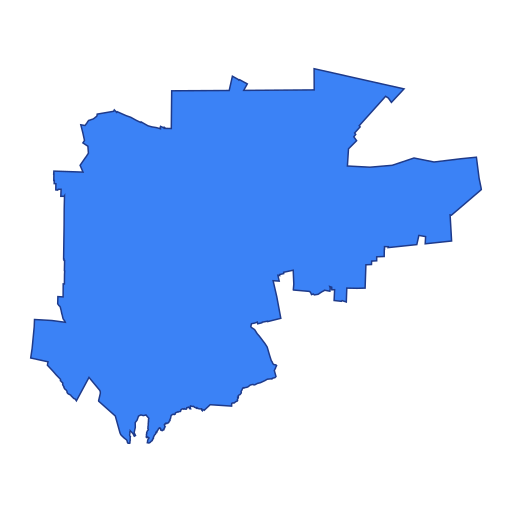 Pánuco, Zacatecas, Mexico (Equal Earth projection)
{"feature_id": "50627088B44962860641179", "entity_name": "Pánuco", "entity_type": "district", "adm_level": 2, "iso_a3": "MEX", "parent_name": "Mexico", "parent_adm1": "Zacatecas", "projection": "equal_earth", "projection_center": [-102.504, 22.978], "detail": "fine", "context": "isolated", "style": "filled", "palette": "blue", "viewbox_px": 512, "rotation_deg": 0, "n_neighbors": 0, "source": "geoboundaries", "source_scale": "gbopen_adm2", "svg_char_len": 5980}
<svg xmlns="http://www.w3.org/2000/svg" viewBox="0 0 512 512"><path d="M461.3,158.7L434.0,162.0L414.0,158.0L392.2,165.3L369.9,167.2L347.4,166.0L348.5,148.8L356.6,140.7L353.8,136.8L355.7,134.4L354.6,133.0L360.1,126.9L359.2,125.7L385.6,96.3L388.3,98.0L391.4,102.4L404.0,88.9L314.1,68.7L314.2,89.9L243.7,90.4L247.3,83.9L239.6,79.7L238.9,80.2L238.4,79.6L237.6,79.1L232.4,76.2L229.2,90.5L171.7,90.8L171.3,128.5L164.6,128.4L164.8,128.0L164.3,127.9L164.5,127.5L164.1,127.2L163.9,127.5L163.3,127.6L160.6,126.4L160.5,127.0L160.3,127.1L160.0,128.5L160.5,128.6L160.5,128.8L156.4,127.6L152.0,126.9L148.0,125.8L141.1,121.9L140.8,122.5L136.2,120.3L130.8,117.3L126.0,115.6L117.2,111.7L116.7,112.4L114.3,109.9L113.6,111.3L97.2,114.1L97.0,115.7L96.5,116.5L95.6,117.1L94.2,118.3L92.5,119.3L91.4,119.5L90.1,120.1L89.1,120.2L88.8,120.4L88.0,121.2L86.9,123.0L85.0,125.5L80.8,124.8L82.9,133.1L84.5,140.5L82.9,142.9L86.6,145.4L87.9,146.2L88.4,153.2L86.2,156.6L85.2,157.9L80.1,165.3L83.0,172.1L53.9,171.1L53.7,174.1L53.9,174.1L53.8,180.5L54.3,180.5L54.2,183.6L55.9,183.7L55.8,189.9L57.6,190.1L57.8,190.0L57.9,189.5L58.2,189.3L61.1,189.3L60.8,196.3L64.2,196.3L64.5,195.8L64.2,208.9L64.1,224.9L63.6,259.0L64.0,259.0L64.0,260.4L64.6,260.5L64.4,270.7L64.7,270.9L64.5,274.3L64.4,283.9L63.2,283.9L63.1,296.9L57.9,296.6L57.7,303.8L58.9,305.5L60.0,306.5L60.4,307.5L60.6,308.5L61.1,310.3L61.8,313.8L62.2,314.9L62.6,316.8L63.1,318.8L64.9,321.3L65.3,322.3L51.9,320.5L34.5,319.5L34.2,326.9L32.1,348.6L30.7,358.0L48.0,361.8L47.4,365.2L53.0,371.2L56.1,374.8L60.5,379.3L60.4,380.7L61.3,381.4L61.4,381.7L61.9,382.2L62.6,382.7L62.8,383.2L62.6,384.2L63.0,385.4L64.0,386.9L63.9,387.5L64.9,389.1L66.0,389.9L67.0,391.3L67.1,392.5L67.5,393.1L68.4,394.0L69.4,394.4L70.8,395.2L71.1,395.8L73.8,398.5L75.1,399.0L75.4,399.3L76.4,400.8L89.0,377.4L99.8,390.4L100.3,391.8L100.3,393.5L98.6,400.7L98.7,401.2L115.3,416.0L120.0,432.9L120.8,434.7L121.8,435.8L124.1,438.0L126.6,439.9L127.0,440.6L127.5,442.6L128.0,443.2L129.4,443.3L129.8,443.2L129.9,442.7L130.0,441.5L129.9,441.2L130.3,440.1L130.1,439.5L130.2,437.2L130.4,436.5L129.9,436.1L129.7,435.6L129.6,434.8L129.9,433.4L129.8,432.7L129.9,431.7L130.3,431.3L130.3,430.9L130.8,431.5L131.4,431.9L133.0,433.7L134.3,436.2L135.5,435.5L134.2,432.8L134.3,431.8L135.3,427.4L135.2,422.6L137.1,420.1L138.5,416.1L140.9,414.9L143.3,415.6L145.2,415.2L145.9,414.9L148.8,418.3L148.4,420.1L148.6,421.2L148.3,421.8L148.4,422.2L148.2,423.5L148.3,424.0L148.2,424.8L148.3,425.1L148.0,426.3L148.0,427.8L147.9,428.0L148.0,428.2L147.9,428.6L148.3,429.3L148.3,429.9L147.8,430.3L147.5,430.7L146.7,432.5L146.6,433.1L146.8,433.5L146.5,434.2L146.4,434.7L146.5,435.9L146.2,437.0L146.9,437.6L147.7,437.0L147.8,437.3L149.0,438.0L148.0,439.4L147.6,440.6L147.6,441.2L147.3,442.7L148.9,443.0L150.0,442.5L151.2,441.3L152.2,440.6L152.4,439.7L152.7,439.6L152.8,439.2L153.1,438.7L153.1,438.4L153.4,438.3L153.5,438.1L153.4,437.4L153.5,437.1L153.7,436.7L154.6,434.9L155.2,434.4L155.6,433.8L156.0,432.3L156.5,432.5L156.6,432.0L157.0,431.8L156.8,431.5L157.3,430.7L157.5,430.6L158.0,429.9L158.0,429.7L158.6,428.6L159.0,428.4L159.4,427.8L159.7,427.8L159.9,428.3L160.4,428.3L160.6,428.5L160.4,429.0L160.5,429.3L160.7,429.5L160.8,430.1L161.4,430.2L161.9,430.6L162.4,430.6L162.5,430.4L163.0,430.2L163.0,429.9L163.2,429.7L163.6,429.7L163.8,429.2L164.0,429.3L164.1,428.6L164.5,428.1L164.5,427.6L164.8,427.5L164.8,426.9L165.0,426.7L164.8,426.6L164.4,424.6L164.6,424.4L165.0,424.4L165.2,423.6L166.0,423.1L166.8,423.6L167.2,423.1L168.2,422.9L168.7,422.5L169.2,421.2L170.0,420.6L169.8,419.7L169.9,419.4L170.4,418.9L171.1,415.6L171.2,415.4L172.5,414.5L173.3,414.2L173.5,414.2L174.1,414.6L175.1,414.2L175.3,413.1L175.7,412.9L175.9,412.6L176.5,412.4L176.8,412.4L177.5,411.9L178.1,412.1L179.0,411.6L180.3,411.5L180.7,411.0L180.8,410.2L180.9,409.9L181.2,409.6L182.4,408.9L183.0,408.8L183.8,409.2L184.3,408.7L184.7,409.0L186.0,409.2L186.4,409.1L186.6,408.8L186.8,407.7L187.2,407.7L188.4,407.1L189.1,407.7L189.7,408.7L190.6,408.8L190.2,406.7L190.3,406.1L190.5,405.9L191.8,406.3L193.0,406.5L193.3,406.3L194.0,406.6L194.4,407.2L196.0,407.8L196.3,408.1L196.6,407.6L196.8,407.5L197.1,407.8L197.4,408.4L198.1,408.4L198.9,408.8L200.3,408.9L201.6,408.8L201.6,409.9L202.4,410.8L203.0,409.9L204.0,409.8L204.3,410.2L210.2,404.7L231.6,406.1L231.7,403.4L233.1,402.8L233.9,403.1L234.8,402.5L235.5,401.8L236.0,401.5L236.6,401.4L237.4,400.9L237.6,400.4L237.3,399.8L237.4,399.4L238.1,398.2L238.2,397.8L237.7,397.6L237.6,397.2L238.4,397.0L238.4,396.5L238.2,395.8L238.5,395.5L239.3,394.8L240.0,394.6L241.1,393.2L241.3,392.7L241.1,391.5L241.3,391.0L241.9,390.1L242.4,388.8L243.2,387.7L243.4,387.7L243.6,388.0L244.0,387.8L244.4,387.9L244.5,387.7L246.3,387.4L247.4,387.1L248.2,386.7L250.3,385.0L253.0,384.4L253.9,384.9L254.8,384.8L257.5,383.4L260.4,382.7L264.9,380.6L267.3,379.2L271.2,378.8L271.9,379.0L272.3,378.3L275.0,377.6L276.0,376.5L274.3,370.5L275.6,367.9L275.6,367.5L276.6,365.6L275.9,364.9L273.7,364.5L272.8,363.5L272.1,361.8L271.3,360.7L269.7,355.7L267.2,347.1L266.2,345.5L264.9,343.5L259.3,336.1L257.2,333.7L254.6,329.6L251.5,327.5L250.8,326.6L251.5,323.7L254.5,323.1L257.3,322.1L257.7,323.8L261.8,322.8L262.0,322.7L262.2,322.2L267.5,321.2L267.7,321.6L280.8,318.3L276.8,296.8L273.1,280.7L279.2,281.1L277.9,275.3L279.7,275.6L279.6,274.5L283.7,273.6L283.6,272.3L293.2,270.2L293.8,284.1L293.3,289.9L293.4,290.0L309.3,291.4L310.0,291.8L311.0,293.3L311.5,294.6L313.3,294.0L314.3,294.9L318.1,294.3L321.7,291.9L324.2,290.6L324.4,290.2L329.9,291.2L330.2,289.0L330.2,288.0L329.7,286.5L331.7,287.2L331.8,289.8L334.6,289.7L334.1,300.5L341.4,301.3L342.1,300.6L346.3,302.0L346.8,288.1L357.0,288.3L365.1,288.1L365.9,264.8L371.5,264.5L371.6,261.1L376.7,260.8L376.7,256.8L384.2,256.5L384.3,249.2L384.5,249.2L384.5,246.6L388.3,246.7L388.1,247.6L416.8,244.6L418.6,236.6L418.6,235.9L418.9,235.4L425.6,236.6L425.2,243.8L451.6,241.0L450.1,214.9L451.4,215.2L481.3,189.6L481.0,187.5L479.1,178.3L476.4,157.2L461.3,158.7Z" fill="#3b82f6" stroke="#1e3a8a" stroke-width="1.5"/></svg>